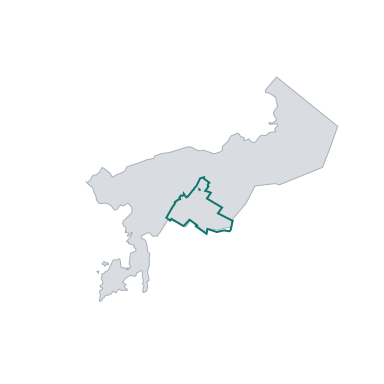 Tamdi, Navoi, Uzbekistan (highlighted), rotated 126°
{"feature_id": "79887680B37906364425566", "entity_name": "Tamdi", "entity_type": "district", "adm_level": 2, "iso_a3": "UZB", "parent_name": "Uzbekistan", "parent_adm1": "Navoi", "projection": "equal_earth", "projection_center": [65.436, 42.347], "detail": "fine", "context": "in_parent", "style": "outline", "palette": "teal", "viewbox_px": 384, "rotation_deg": 126, "n_neighbors": 0, "source": "geoboundaries", "source_scale": "gbopen_adm2", "svg_char_len": 5735}
<svg xmlns="http://www.w3.org/2000/svg" viewBox="0 0 384 384"><g transform="rotate(126 192 192)"><path d="M293.6,172.9L298.8,170.4L301.8,172.1L302.0,173.0L298.9,174.8L296.0,175.8L295.2,178.2L292.3,179.2L289.5,182.5L285.0,185.8L285.0,186.5L285.4,187.0L286.9,187.4L289.9,189.2L292.8,188.2L293.5,188.4L294.3,189.5L295.2,192.5L296.5,193.3L300.7,194.9L303.8,194.9L305.4,195.5L305.7,195.3L305.8,190.8L307.1,191.5L308.5,191.0L309.0,188.7L308.7,187.3L309.7,186.5L310.2,187.0L310.3,188.3L311.9,189.2L313.0,191.4L313.5,194.0L316.4,194.6L317.4,194.2L318.2,194.4L318.7,197.7L319.1,197.9L321.6,197.3L324.0,198.6L326.7,201.1L329.5,201.2L330.2,201.7L332.2,201.3L334.6,202.0L334.7,202.4L334.3,202.9L328.8,205.9L327.3,207.9L326.0,208.6L322.6,207.4L322.1,208.7L322.8,210.0L322.0,211.3L320.3,210.8L319.9,210.2L318.2,210.5L316.3,212.7L315.4,214.5L313.6,215.0L311.1,216.8L310.0,215.4L308.1,215.5L305.7,214.1L304.5,213.8L293.6,215.7L292.8,215.4L291.6,213.0L288.8,211.7L288.9,210.5L294.4,205.5L295.0,203.9L293.1,203.1L293.4,201.7L289.7,197.7L289.0,197.5L288.5,197.6L287.2,200.6L277.7,205.7L276.3,205.2L274.1,203.3L272.7,202.7L270.9,204.3L271.1,206.2L269.3,207.7L271.0,212.9L270.9,213.6L269.6,213.8L270.6,215.8L269.8,216.0L265.2,215.2L259.8,216.5L260.0,217.3L264.8,217.1L265.5,217.5L265.6,218.2L265.3,218.6L262.8,219.0L262.5,219.8L263.9,222.2L263.3,222.7L262.4,222.2L261.7,223.7L260.1,223.7L259.3,228.2L257.9,229.8L256.1,230.5L244.7,228.5L241.8,229.9L239.8,231.9L238.6,236.9L238.7,237.4L243.6,239.3L244.4,242.3L250.3,242.6L251.3,243.1L251.8,243.8L252.1,244.7L250.5,249.6L251.2,253.9L252.2,255.9L255.7,259.8L255.6,261.9L254.8,263.8L253.9,265.4L252.8,266.1L251.4,268.2L250.1,270.7L247.6,274.1L246.8,276.0L246.6,281.4L245.9,283.1L245.8,282.4L244.9,281.8L242.3,281.6L241.8,280.9L238.5,282.2L236.3,281.6L234.2,279.4L230.1,278.6L224.9,279.1L224.7,273.5L224.9,269.3L226.6,266.0L226.6,265.4L225.7,264.3L222.5,263.4L218.9,260.8L215.4,259.0L213.5,258.5L211.3,259.4L209.4,259.2L200.3,252.5L192.6,247.6L187.4,242.7L184.9,243.3L178.2,238.7L173.9,233.9L159.7,223.3L156.9,220.7L156.2,219.3L155.2,212.8L154.0,209.9L152.2,208.3L150.7,205.1L148.4,197.6L147.6,196.2L143.4,193.0L141.0,192.2L139.1,192.7L138.1,194.0L136.7,194.1L130.5,192.8L123.6,193.4L117.6,189.5L117.3,188.9L117.3,187.9L118.6,185.3L118.4,184.2L117.6,183.0L117.6,181.7L118.2,181.0L119.3,181.2L119.7,180.8L119.6,180.1L118.2,178.5L115.5,177.1L116.1,176.1L116.3,173.7L116.7,172.4L116.4,171.9L114.4,170.1L107.6,170.0L106.1,169.5L104.8,168.8L103.6,166.1L103.0,165.5L98.4,164.4L93.8,159.7L92.8,161.8L91.8,162.2L88.3,161.7L86.5,163.0L90.7,167.7L91.6,169.2L91.5,170.0L90.2,170.2L89.2,167.9L88.5,167.3L84.3,166.0L82.9,167.4L82.5,169.3L80.5,172.4L78.4,173.0L73.4,173.1L71.8,173.8L70.8,174.7L68.8,177.4L66.2,179.6L66.7,188.4L68.3,190.6L66.5,192.5L49.3,191.2L53.2,112.7L77.8,105.5L95.4,100.9L134.4,125.3L135.3,126.3L135.7,128.4L136.7,130.1L150.0,144.5L169.9,141.6L190.1,143.2L197.7,139.7L203.7,146.1L207.4,148.3L212.4,157.6L217.3,155.2L216.5,166.3L215.9,169.7L215.9,176.4L223.9,176.6L225.7,187.5L227.6,194.3L229.3,195.1L244.6,194.1L245.8,194.7L247.9,193.9L249.3,196.1L250.9,197.6L249.9,202.4L251.8,204.3L256.1,206.5L258.7,206.5L259.2,205.7L259.0,204.5L258.4,203.4L258.4,202.0L258.8,200.9L261.3,197.3L265.4,193.8L266.3,192.5L266.6,190.2L268.1,189.0L271.6,187.6L272.1,186.4L276.4,183.6L281.3,181.8L283.5,180.4L285.6,177.7L288.7,174.8L289.9,174.8L290.7,175.7L291.5,175.7L293.6,172.9ZM293.2,199.6L292.6,198.2L291.8,197.7L291.5,197.9L292.7,199.7L293.2,199.6ZM303.1,222.5L299.8,222.4L300.3,220.3L299.1,219.3L298.8,218.2L299.1,217.2L299.9,216.9L300.9,218.4L303.4,219.1L302.6,220.6L303.2,222.2L303.1,222.5ZM312.8,220.2L312.2,222.2L310.8,221.3L311.0,220.8L312.8,220.2Z" fill="#d9dde1" stroke="#a8b0b8" stroke-width="1"/><path d="M226.3,197.8L227.8,197.7L228.0,192.9L226.6,192.8L226.1,192.8L225.8,192.8L225.7,192.2L225.7,191.5L225.6,190.5L225.4,187.8L225.2,185.9L225.2,185.7L225.0,184.2L225.0,183.3L224.8,181.7L224.5,178.8L223.6,178.6L222.6,178.5L220.8,178.3L219.7,178.2L219.3,178.1L217.6,177.9L217.3,177.9L216.8,177.9L216.5,177.8L215.9,177.7L215.8,177.2L215.8,176.8L215.9,175.8L215.9,175.4L215.9,174.9L215.9,174.5L215.9,174.0L215.9,173.6L215.9,173.3L215.9,172.7L215.9,172.4L215.9,172.1L215.9,171.5L215.9,171.3L215.9,171.1L215.9,170.7L215.9,170.0L215.9,169.4L215.9,169.1L215.9,168.9L216.0,168.3L217.0,168.8L217.2,169.0L217.4,169.0L217.5,168.6L217.4,167.4L217.4,167.0L217.4,166.5L217.4,164.7L217.4,163.8L217.4,163.3L217.4,162.1L217.4,161.7L217.3,159.7L217.3,157.6L217.3,156.4L217.3,155.8L215.9,156.4L215.6,156.5L214.3,157.2L212.8,157.8L212.6,157.2L212.5,156.8L212.2,156.1L211.9,154.9L211.8,154.6L211.4,153.4L211.1,152.5L210.9,151.8L210.6,151.1L210.4,150.5L209.9,148.5L208.4,147.2L207.3,146.2L206.5,145.6L206.0,145.2L204.8,144.0L204.3,143.6L204.1,143.3L203.8,142.7L203.7,142.6L203.6,142.4L203.4,142.0L203.4,141.8L203.3,141.7L202.7,140.4L202.5,140.2L202.3,139.8L202.3,139.5L202.0,139.1L201.7,138.7L201.4,138.5L201.1,138.4L200.5,138.4L200.2,138.5L199.4,138.6L198.7,139.0L198.4,139.1L197.9,139.4L197.7,139.4L195.6,140.3L195.4,140.4L193.9,141.1L193.5,141.3L193.3,141.4L193.1,141.5L192.4,141.8L191.7,142.1L191.4,142.1L194.0,158.5L186.9,158.5L188.5,176.1L181.6,176.3L181.9,178.1L183.3,182.0L177.9,181.9L177.6,182.4L177.8,182.6L176.6,183.7L174.3,183.4L174.2,190.3L173.0,191.0L176.1,193.5L177.0,193.3L184.4,192.0L187.9,192.4L188.5,192.2L189.4,192.1L189.8,192.4L196.7,192.6L199.0,193.0L199.7,193.6L198.2,197.7L199.6,197.0L200.9,197.7L201.1,198.3L201.6,199.0L204.2,198.8L204.6,198.1L204.5,197.8L204.8,197.5L205.1,197.9L207.6,199.1L210.2,200.0L210.5,199.9L210.7,199.2L212.5,199.1L212.7,198.9L215.4,199.0L226.3,197.8ZM185.9,187.2L185.6,187.5L185.6,187.3L185.6,187.1L185.8,187.0L185.9,187.2Z" fill="none" stroke="#0f766e" stroke-width="2"/></g></svg>